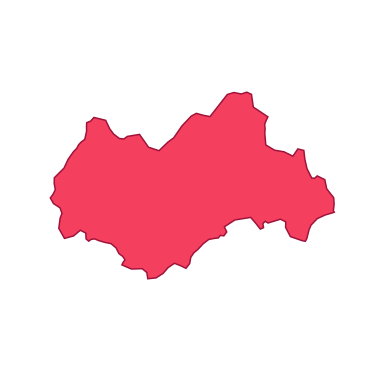 outline of Veliko Tarnovo, rotated 127°
{"feature_id": "BGR-2249", "entity_name": "Veliko Tarnovo", "entity_type": "Province", "adm_level": 1, "iso_a3": "BGR", "parent_name": "Bulgaria", "parent_adm1": "", "projection": "equal_earth", "projection_center": [25.637, 43.224], "detail": "fine", "context": "isolated", "style": "filled", "palette": "rose", "viewbox_px": 384, "rotation_deg": 127, "n_neighbors": 0, "source": "natural_earth", "source_scale": "10m", "svg_char_len": 1652}
<svg xmlns="http://www.w3.org/2000/svg" viewBox="0 0 384 384"><g transform="rotate(127 192 192)"><path d="M122.5,66.2L123.2,66.6L130.2,71.8L137.8,75.9L146.7,77.0L151.5,75.9L160.0,72.3L163.1,71.8L164.6,74.8L168.4,86.6L164.0,95.9L159.4,99.2L160.5,105.0L171.0,112.6L171.4,115.9L174.6,116.4L177.4,113.4L180.5,115.1L178.5,122.7L177.0,129.9L188.5,140.9L200.3,145.2L203.0,140.2L207.9,140.2L209.6,143.3L212.8,143.3L215.9,146.5L219.9,150.1L226.9,152.0L234.1,152.7L239.4,153.9L244.8,153.7L250.6,150.8L256.6,150.9L257.7,156.7L259.5,163.1L266.7,165.6L274.2,166.1L282.2,169.0L287.9,175.1L283.5,179.6L283.2,185.6L290.0,194.1L292.4,204.1L289.5,204.7L286.5,204.7L285.1,208.6L285.2,213.2L282.3,219.1L282.0,225.6L284.7,231.3L287.0,237.4L288.0,241.5L290.5,244.0L293.4,244.9L293.2,248.4L288.7,252.1L289.8,258.2L298.3,260.1L305.8,265.9L301.2,276.5L292.2,281.6L287.3,283.0L284.1,287.8L284.6,295.6L282.0,301.6L277.2,301.6L272.4,302.6L268.1,307.2L263.5,310.5L249.9,308.6L240.5,310.6L231.0,310.9L226.6,310.3L222.3,311.0L218.4,310.5L214.6,309.3L207.0,312.7L203.2,315.7L200.0,317.8L196.3,315.6L191.5,315.2L186.7,304.1L191.1,295.7L192.9,289.4L193.0,282.3L190.6,278.3L186.5,277.1L177.6,268.6L182.4,253.7L178.9,243.2L166.3,241.2L159.9,239.2L145.4,239.8L132.0,238.3L126.6,235.9L123.8,228.8L120.9,223.0L92.9,222.5L87.4,218.5L84.0,211.6L79.4,208.4L78.2,203.3L87.3,194.1L86.3,176.6L90.3,175.8L94.2,174.7L97.6,171.6L101.3,169.2L110.0,161.4L108.9,151.2L104.5,142.7L102.7,133.0L93.9,133.4L91.5,127.7L98.1,121.4L104.1,114.3L108.8,104.8L107.2,102.3L103.8,101.7L102.2,93.4L108.4,86.3L111.3,75.4L116.3,71.1L121.9,67.8L122.5,66.2Z" fill="#f43f5e" stroke="#9f1239" stroke-width="1.5"/></g></svg>